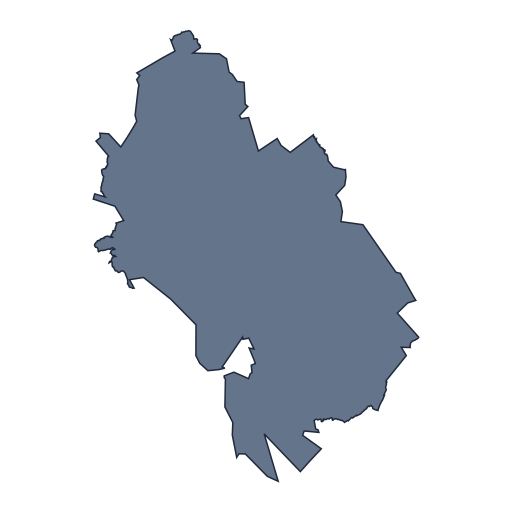 outline of San Bernardo, Durango, Mexico
{"feature_id": "50627088B70789765036822", "entity_name": "San Bernardo", "entity_type": "district", "adm_level": 2, "iso_a3": "MEX", "parent_name": "Mexico", "parent_adm1": "Durango", "projection": "albers", "projection_center": [-105.703, 26.184], "detail": "fine", "context": "isolated", "style": "filled", "palette": "slate", "viewbox_px": 512, "rotation_deg": 0, "n_neighbors": 0, "source": "geoboundaries", "source_scale": "gbopen_adm2", "svg_char_len": 5958}
<svg xmlns="http://www.w3.org/2000/svg" viewBox="0 0 512 512"><path d="M415.8,300.4L413.7,297.0L400.4,273.4L395.9,272.2L362.9,224.7L340.9,221.6L342.4,211.6L340.4,201.7L335.8,195.0L344.7,185.4L346.0,176.9L345.4,169.5L344.2,169.7L333.5,167.2L328.2,161.0L327.8,157.4L327.5,157.0L327.4,155.7L326.5,154.9L326.7,154.4L324.9,153.9L324.4,153.0L324.4,152.7L325.0,151.2L324.3,151.3L324.1,151.2L324.1,150.8L324.2,150.5L324.6,150.3L324.7,149.9L323.5,149.8L323.3,149.6L323.6,149.3L323.1,148.5L322.6,148.5L321.4,147.4L320.8,147.4L319.9,146.7L319.5,145.9L319.9,145.3L319.9,145.0L319.6,144.7L319.1,145.0L318.6,144.8L318.2,144.0L318.2,143.7L316.6,142.0L316.9,141.8L316.9,141.6L316.3,141.6L316.2,141.1L316.4,139.0L316.1,139.3L315.2,139.4L315.2,138.6L314.8,137.8L314.6,137.0L314.5,136.9L314.3,137.2L314.0,137.3L313.5,136.7L313.6,136.2L313.4,134.8L290.2,152.4L281.1,145.5L277.2,138.5L258.4,151.0L248.6,117.6L241.1,118.7L239.5,115.6L247.9,106.6L245.2,104.2L244.1,82.3L237.0,81.4L232.4,74.5L229.1,72.1L226.5,58.8L219.3,53.8L192.8,53.1L200.4,47.6L200.0,46.7L200.3,45.7L199.7,45.0L199.1,45.1L199.2,44.2L198.2,43.8L197.7,43.0L197.3,41.4L197.5,39.7L197.4,39.4L196.3,38.8L195.0,38.9L194.0,39.3L193.8,39.1L193.5,36.0L190.6,31.5L189.9,31.1L188.8,30.7L187.1,31.2L185.8,31.2L184.4,31.9L183.6,31.9L182.4,32.3L181.6,32.2L181.6,32.6L181.3,33.1L180.0,34.2L178.2,34.4L177.3,34.8L177.2,35.0L176.7,35.3L175.8,35.3L175.0,35.6L173.6,36.6L173.3,37.2L173.3,38.0L172.5,39.2L172.2,40.2L171.6,40.2L170.6,39.6L175.0,51.1L163.3,57.4L136.8,72.9L139.7,75.5L136.7,79.6L139.0,85.1L138.3,87.9L135.1,115.3L136.7,121.2L133.8,126.5L127.2,137.3L120.8,147.0L108.7,133.8L99.8,133.2L100.4,137.5L96.0,141.1L108.7,156.2L108.4,156.6L107.9,156.7L107.8,157.5L107.4,158.2L107.5,159.1L107.2,159.6L107.4,160.5L107.0,161.9L107.8,163.5L107.5,164.0L107.7,164.5L107.6,164.9L106.9,165.7L107.0,166.0L106.8,166.2L106.4,166.4L106.5,167.4L106.3,167.5L105.9,167.2L105.6,167.5L105.5,168.7L104.0,168.8L102.0,169.5L101.6,170.5L102.0,173.1L102.4,174.6L103.0,175.7L103.6,176.3L103.7,176.8L102.9,179.6L102.9,180.2L103.1,180.8L102.9,181.2L102.4,181.7L102.2,182.7L101.7,184.3L101.7,185.8L101.1,186.7L101.0,188.6L101.2,189.6L100.9,191.0L101.2,191.7L102.4,192.0L102.6,193.3L103.4,193.7L103.9,195.5L105.1,196.9L94.7,193.9L93.3,199.1L114.9,206.2L123.7,220.6L116.0,223.1L116.4,223.5L116.6,224.3L116.1,225.3L115.8,227.0L115.5,227.4L115.0,229.1L115.2,229.7L114.9,230.7L114.5,230.8L114.1,230.6L113.4,230.6L112.9,231.1L113.0,231.9L113.0,232.4L112.3,233.2L111.8,234.4L111.4,235.0L111.0,235.2L111.3,236.2L112.2,236.9L112.0,237.1L112.5,237.3L112.1,237.5L111.4,237.1L110.4,237.2L110.4,236.9L109.2,236.4L108.3,236.4L108.1,236.2L106.3,236.3L105.7,236.5L105.0,237.0L104.3,237.1L103.9,237.9L104.1,238.2L103.9,238.4L103.3,238.1L102.7,238.5L102.2,238.5L101.8,238.7L101.3,238.6L100.6,239.0L100.4,239.6L100.1,239.7L99.4,240.2L99.2,240.6L98.6,240.4L97.3,240.9L97.0,241.8L96.7,242.0L95.9,242.5L95.6,243.3L94.8,244.0L94.5,245.0L94.7,246.0L95.6,247.2L96.8,247.5L97.5,248.0L98.0,249.1L98.2,251.3L98.4,251.6L98.6,251.4L99.3,251.5L100.7,250.5L101.9,250.4L102.8,250.6L104.1,250.2L105.3,250.1L106.0,249.6L106.9,249.6L108.3,249.0L108.5,249.0L108.8,249.2L110.3,249.3L110.7,248.5L112.3,247.7L112.9,247.8L114.3,248.8L114.7,248.9L114.9,249.2L113.9,249.6L113.4,249.4L113.1,249.6L112.5,249.4L112.3,249.5L110.9,251.5L110.3,253.1L110.8,253.2L111.2,253.5L112.0,254.9L113.0,255.8L113.5,255.7L113.9,255.3L114.3,255.3L114.7,255.5L115.7,256.4L114.5,256.4L114.3,256.8L113.4,256.9L112.3,257.4L112.2,258.3L111.9,258.6L111.8,259.1L111.5,259.6L111.3,260.6L110.7,261.2L109.8,261.4L109.5,261.6L109.1,262.8L111.1,261.7L111.6,261.6L111.9,261.9L112.1,262.3L112.1,265.2L112.5,266.6L113.0,267.1L113.6,267.1L114.2,268.8L115.4,270.9L116.2,270.8L117.0,271.0L118.2,272.4L119.2,272.4L119.8,272.2L121.0,271.1L123.0,271.0L123.5,271.2L124.8,272.7L125.5,273.5L125.5,274.3L127.3,278.6L127.7,280.9L127.8,283.5L127.6,283.7L127.8,283.8L127.8,284.1L128.1,284.7L128.9,285.4L129.1,286.8L130.1,287.4L131.1,287.5L132.7,288.3L133.3,288.2L133.5,287.9L134.0,288.0L129.5,279.7L143.5,277.5L170.7,299.1L196.0,324.8L195.9,355.6L199.7,363.2L207.9,370.7L218.8,369.6L224.3,368.3L224.3,367.9L222.2,367.0L242.6,337.1L242.9,339.3L248.8,338.2L254.0,349.0L249.1,348.0L254.1,360.0L255.3,363.6L251.2,365.2L252.0,372.6L250.3,373.7L248.5,378.6L233.9,372.2L224.2,375.9L224.2,377.6L225.4,379.0L224.9,407.0L232.8,422.5L232.3,435.1L236.7,457.4L238.9,453.8L245.4,454.0L267.4,476.4L278.2,481.3L264.2,433.9L300.3,471.6L311.1,459.6L321.3,448.8L302.6,435.3L304.2,431.0L318.9,432.4L318.0,429.8L315.7,429.0L314.1,420.4L314.8,419.9L316.2,419.2L316.9,419.4L317.4,419.8L317.9,419.9L320.4,419.1L321.1,419.9L321.3,420.3L321.2,421.2L321.8,421.7L323.0,421.1L323.2,420.8L323.0,420.2L323.7,420.1L323.5,419.1L323.8,419.1L324.3,419.4L324.7,419.3L325.5,419.5L326.4,419.5L327.1,418.8L328.1,418.6L328.7,418.9L329.2,419.0L329.9,418.2L331.6,417.8L332.0,418.0L332.3,418.5L332.2,419.8L332.7,420.3L332.9,420.3L334.0,419.0L335.3,419.0L335.6,418.7L336.1,418.6L337.8,419.6L338.1,419.4L338.9,419.4L340.4,420.2L342.5,420.6L343.4,421.4L343.8,421.5L344.5,422.4L344.9,422.1L346.1,421.5L347.1,420.6L347.5,420.6L348.3,420.9L351.6,417.5L352.5,418.0L356.4,415.3L356.8,415.8L360.9,413.7L362.9,411.5L363.8,411.0L364.3,410.0L364.7,410.0L365.6,409.3L366.0,409.2L366.9,408.1L366.7,407.6L367.8,406.8L367.9,406.4L368.2,406.2L368.8,406.2L369.2,406.5L369.5,406.5L370.8,405.4L372.6,407.0L372.8,408.4L373.2,408.8L375.3,409.8L378.0,410.5L378.3,409.0L380.1,404.2L380.7,403.5L380.7,403.1L381.2,402.0L382.3,400.5L382.8,399.3L383.5,397.9L384.0,396.3L383.8,396.2L383.6,395.2L384.1,394.9L384.5,395.0L384.4,393.6L386.3,389.9L385.6,387.2L386.1,385.3L386.4,384.6L386.5,384.1L386.2,382.8L386.8,382.4L386.8,381.8L385.9,380.9L406.3,355.6L401.3,347.3L410.2,347.5L409.9,346.3L410.2,346.1L410.1,345.4L410.4,344.5L410.4,343.7L410.8,342.7L412.3,341.3L415.3,340.0L415.5,339.7L416.9,339.1L418.1,338.1L418.7,337.2L397.3,313.1L407.6,303.0L415.8,300.4Z" fill="#64748b" stroke="#1e293b" stroke-width="1.5"/></svg>